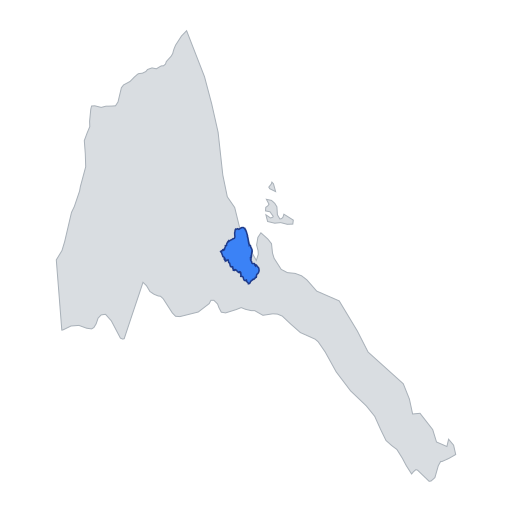 location of Foro, Semenawi Keyih Bahri, Eritrea
{"feature_id": "51966322B48521373855800", "entity_name": "Foro", "entity_type": "district", "adm_level": 2, "iso_a3": "ERI", "parent_name": "Eritrea", "parent_adm1": "Semenawi Keyih Bahri", "projection": "equal_earth", "projection_center": [39.538, 15.185], "detail": "fine", "context": "in_parent", "style": "filled", "palette": "blue", "viewbox_px": 512, "rotation_deg": 0, "n_neighbors": 0, "source": "geoboundaries", "source_scale": "gbopen_adm2", "svg_char_len": 7293}
<svg xmlns="http://www.w3.org/2000/svg" viewBox="0 0 512 512"><path d="M61.8,330.1L60.0,307.0L58.8,291.6L57.5,275.3L56.3,259.9L62.0,250.5L64.7,241.5L71.5,212.4L74.3,206.6L79.6,191.0L80.4,186.5L85.7,166.8L85.3,153.8L84.3,140.6L87.2,132.8L89.8,126.6L89.6,121.3L90.8,109.1L91.6,106.0L94.8,105.8L101.2,107.4L105.9,106.2L111.3,106.1L115.5,105.8L118.0,102.0L121.4,87.7L123.6,84.9L125.3,84.0L130.1,81.4L134.2,77.2L137.6,74.2L138.8,73.6L142.4,73.2L145.9,71.5L147.5,69.5L152.0,67.9L156.4,68.8L159.3,67.0L161.3,65.9L163.5,65.8L165.5,64.1L166.3,61.6L167.7,60.0L171.1,56.3L172.7,53.6L173.4,50.9L174.1,48.7L175.6,45.1L181.5,36.0L186.6,30.7L204.5,76.7L211.7,103.9L218.1,132.3L222.8,175.0L227.3,196.8L234.7,207.5L239.7,227.9L244.0,228.7L247.1,234.3L252.4,253.4L256.3,260.5L258.3,254.4L258.1,250.8L256.6,245.0L257.9,237.4L260.9,232.8L267.8,239.0L271.5,243.7L272.5,253.1L274.1,258.3L281.2,269.4L287.3,272.6L295.1,273.4L301.6,275.8L306.9,279.9L316.7,291.1L339.2,300.9L357.4,331.1L368.1,352.1L403.3,383.8L409.4,399.1L412.6,414.0L420.0,413.3L432.7,429.6L436.5,442.0L446.9,446.5L448.6,439.2L453.6,445.2L455.7,454.5L449.1,458.3L441.8,461.6L440.7,461.4L438.3,465.7L434.9,477.6L431.1,481.0L429.1,481.3L417.6,470.2L415.9,469.6L413.4,471.8L411.6,474.0L406.3,465.7L402.4,458.3L396.9,449.5L391.6,445.5L386.0,440.5L380.4,429.0L374.7,416.3L366.3,405.9L350.6,390.9L336.2,371.9L325.2,352.0L318.1,341.7L315.0,339.1L300.4,332.6L290.2,323.6L282.3,316.1L277.5,314.1L272.8,313.8L262.9,315.3L254.6,310.6L251.1,310.6L245.5,309.3L241.2,307.6L236.1,309.6L225.6,312.9L221.3,312.2L218.9,307.6L217.6,304.0L213.9,300.3L210.9,300.3L209.2,303.6L198.3,312.0L179.9,316.6L175.6,316.3L172.3,312.9L163.1,298.6L160.4,296.2L158.3,296.0L154.1,294.3L150.0,291.6L146.5,285.7L143.0,282.3L139.2,293.8L132.4,314.0L128.8,324.8L124.2,338.7L122.7,339.1L120.4,338.1L111.3,320.8L105.5,314.3L101.2,314.9L98.1,318.1L96.1,323.9L93.9,327.5L91.6,328.9L86.6,328.2L78.9,325.4L71.0,326.0L62.8,330.0L61.8,330.1ZM277.4,214.8L279.9,219.0L281.6,218.6L283.0,217.2L283.9,214.2L293.3,220.1L292.8,224.1L287.2,224.3L280.7,222.6L274.7,223.2L267.6,221.5L265.9,214.8L270.5,218.0L272.8,217.2L273.2,216.3L270.0,211.8L265.5,210.9L265.8,207.3L267.8,205.9L269.0,204.2L266.4,199.3L271.5,200.4L274.8,203.4L276.9,206.8L277.4,214.8ZM273.5,183.9L275.6,191.6L269.7,188.7L268.8,187.1L271.3,184.0L271.9,182.1L273.5,183.9Z" fill="#d9dde1" stroke="#a8b0b8" stroke-width="1"/><path d="M240.7,276.4L241.2,276.5L241.6,276.4L241.9,276.4L242.4,276.5L242.8,276.8L243.0,277.2L243.2,277.4L243.3,277.6L243.5,278.9L243.7,279.3L244.3,280.4L245.0,280.6L245.5,280.7L245.9,280.5L246.2,279.9L246.4,279.9L246.6,280.2L246.6,280.5L246.2,280.8L247.3,282.2L247.9,282.5L248.0,282.9L248.4,283.4L248.4,283.8L248.9,283.8L249.5,283.3L249.6,283.2L250.0,283.0L250.3,282.2L250.7,281.3L251.5,280.8L251.8,280.4L252.5,280.0L252.6,279.5L253.1,279.5L253.5,279.2L253.8,279.3L254.1,278.9L254.4,278.9L254.8,278.3L255.1,278.2L255.5,277.5L255.5,277.4L255.8,277.4L256.0,277.4L256.3,277.3L256.3,276.8L256.4,276.7L256.5,276.3L256.4,275.9L256.5,275.6L256.6,274.9L256.8,274.4L257.4,273.9L257.7,273.7L258.1,273.2L258.4,272.7L258.7,272.0L259.0,271.1L259.1,270.5L259.0,269.6L258.9,268.8L258.7,268.0L258.4,267.5L258.2,267.4L257.2,266.3L256.6,265.3L256.4,265.3L256.4,265.1L256.2,265.0L256.1,265.5L255.9,265.6L255.7,265.6L255.6,265.8L255.5,265.6L255.2,265.6L254.9,265.2L254.9,264.9L254.7,264.1L254.5,263.9L254.4,263.6L254.2,263.5L253.9,263.5L253.4,263.6L253.1,263.6L252.9,263.6L252.9,263.8L252.9,263.6L252.7,263.6L252.3,263.4L252.1,263.3L251.9,262.9L251.7,262.4L251.7,261.9L251.6,261.6L251.3,261.2L251.0,260.8L250.7,260.2L250.8,260.2L251.0,259.8L250.9,259.7L251.0,258.6L251.1,258.2L251.1,257.9L251.2,257.6L251.2,257.4L251.0,257.5L250.8,257.5L250.9,257.4L251.0,257.3L251.1,257.2L251.1,257.3L251.2,257.2L251.1,256.9L251.2,256.7L250.9,256.7L251.2,256.6L251.1,256.4L251.1,256.1L251.1,255.9L251.2,255.6L251.3,255.5L251.4,255.3L251.5,255.3L251.5,255.1L251.5,254.9L251.5,254.7L251.5,254.4L251.6,254.1L251.6,253.8L251.7,253.5L251.7,253.3L251.8,253.1L251.7,252.9L251.8,252.7L251.7,252.7L251.8,252.3L251.8,252.1L252.0,252.0L252.1,251.9L252.0,251.4L252.2,251.2L252.1,250.9L252.2,250.7L251.9,250.2L252.0,249.8L252.0,249.4L251.6,248.9L251.5,248.2L251.2,248.0L251.0,247.6L250.9,247.6L250.8,247.3L250.8,247.1L250.7,247.0L250.7,246.7L250.4,246.2L250.5,246.2L250.5,245.7L250.0,245.4L249.4,244.9L249.3,245.0L249.3,244.9L249.2,244.8L249.2,244.7L249.3,244.6L249.2,244.3L248.8,243.8L248.7,243.5L248.8,243.3L248.7,243.1L248.7,242.7L248.5,242.2L248.4,241.9L248.4,241.1L248.2,240.3L248.1,239.8L248.2,239.3L248.1,239.0L248.0,238.8L247.9,238.2L247.6,236.9L247.5,236.3L247.4,235.7L247.4,235.4L247.4,235.7L247.5,235.6L247.4,235.2L247.2,234.7L247.1,234.3L246.6,232.8L246.6,232.2L246.1,231.4L246.1,230.9L245.6,230.1L245.3,229.9L245.2,229.7L245.1,229.4L245.3,229.2L244.8,228.8L244.7,228.6L244.7,228.3L244.1,228.2L243.6,227.7L243.2,227.5L241.5,227.6L241.0,227.9L240.9,228.2L239.8,228.7L239.4,229.1L238.9,229.3L238.6,229.3L238.6,229.2L238.3,229.3L238.2,229.1L237.8,228.7L237.5,228.7L237.4,228.7L237.0,228.9L236.2,229.4L235.8,229.2L235.6,229.1L235.3,229.7L235.1,230.2L235.0,231.4L234.6,233.0L234.7,233.8L234.7,235.2L234.9,236.1L234.9,236.5L234.7,237.6L234.4,238.3L233.9,238.5L233.3,238.8L233.0,238.7L232.7,239.0L232.4,239.1L231.9,239.6L231.0,239.9L230.7,240.1L230.0,240.5L229.6,240.8L229.2,240.9L228.7,241.6L228.3,241.8L228.3,241.6L228.3,241.2L227.7,241.9L227.4,242.6L226.9,243.3L226.6,244.2L226.5,244.8L226.6,245.2L226.6,245.4L226.3,245.6L225.8,245.7L225.4,245.7L225.5,246.1L225.4,246.6L225.0,247.5L224.9,247.9L224.8,248.2L224.5,248.7L224.3,248.8L224.2,248.9L224.2,249.2L224.1,249.3L224.2,249.6L223.9,249.7L223.9,249.8L224.1,249.8L223.9,250.1L223.7,250.2L223.6,249.8L223.6,249.7L223.1,249.7L223.2,250.0L223.1,250.3L222.9,250.4L222.4,250.3L222.2,250.6L221.9,250.6L221.5,250.9L221.5,251.4L221.2,251.6L220.9,251.6L220.8,251.3L220.6,251.4L221.2,252.4L221.6,252.9L221.8,253.2L221.9,254.0L222.1,254.3L222.3,254.6L222.7,256.1L222.8,256.5L223.0,256.7L223.4,256.7L224.0,257.2L224.1,257.5L224.5,257.7L224.6,258.1L224.4,258.2L224.2,258.1L224.2,258.7L224.5,258.7L224.8,258.5L225.0,258.8L224.8,259.3L224.7,259.4L224.5,259.5L224.8,259.9L224.9,260.2L225.0,260.5L225.4,260.8L225.5,260.7L225.5,260.8L225.7,260.6L225.8,260.6L226.1,260.9L226.8,260.3L227.0,260.3L227.2,260.2L227.6,260.2L227.9,260.1L227.9,259.9L228.0,259.8L228.2,260.0L228.4,261.2L228.7,262.5L229.0,262.8L229.3,262.9L229.4,263.0L229.6,263.1L229.9,264.1L229.9,264.3L230.1,265.4L230.2,265.5L230.3,265.8L230.5,266.5L230.7,266.4L231.0,266.5L231.3,266.6L231.5,266.7L231.6,266.9L231.9,266.8L232.0,266.9L232.4,266.7L232.7,266.8L232.8,267.1L232.9,268.4L232.8,268.5L233.1,268.9L233.2,269.0L233.1,269.3L233.2,269.8L233.2,270.1L233.3,270.3L233.5,270.3L233.6,270.0L233.9,269.9L234.1,269.7L234.4,269.9L234.5,270.1L234.7,270.3L234.8,270.1L234.8,269.9L235.0,269.7L235.5,269.6L235.7,269.8L236.0,270.2L236.3,270.2L236.6,270.3L237.4,271.6L237.9,271.9L238.3,272.0L238.7,272.5L239.2,272.6L239.4,272.5L239.5,272.4L239.5,271.9L239.5,271.7L239.8,271.7L240.2,271.8L240.3,271.9L240.8,272.7L240.8,272.8L240.6,273.3L240.9,273.7L240.9,273.9L240.7,273.9L240.8,274.3L241.0,274.4L241.0,274.6L241.0,274.8L240.9,275.0L241.0,275.3L241.0,275.5L240.9,275.6L241.0,275.9L240.8,276.0L240.7,276.3L240.7,276.4Z" fill="#3b82f6" stroke="#1e3a8a" stroke-width="1.5"/></svg>